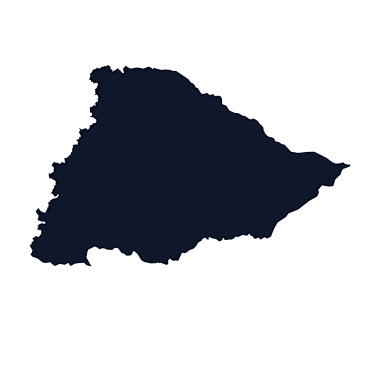 Santissimo Nome De Jesus, Ribeira Grande de Santiago, Cabo Verde, rotated 107°
{"feature_id": "66160863B56005242542710", "entity_name": "Santissimo Nome De Jesus", "entity_type": "district", "adm_level": 2, "iso_a3": "CPV", "parent_name": "Cabo Verde", "parent_adm1": "Ribeira Grande de Santiago", "projection": "robinson", "projection_center": [-23.597, 14.95], "detail": "fine", "context": "isolated", "style": "filled", "palette": "ink", "viewbox_px": 384, "rotation_deg": 107, "n_neighbors": 0, "source": "geoboundaries", "source_scale": "gbopen_adm2", "svg_char_len": 6079}
<svg xmlns="http://www.w3.org/2000/svg" viewBox="0 0 384 384"><g transform="rotate(107 192 192)"><path d="M211.2,104.2L202.2,103.4L195.6,101.8L188.0,95.5L183.8,94.1L177.2,85.9L165.4,77.6L159.4,71.8L155.6,71.1L153.4,72.8L147.0,70.3L146.1,63.2L144.6,59.4L138.0,59.4L131.6,55.8L128.2,55.8L125.5,55.0L121.1,49.3L119.9,49.0L121.1,50.1L121.0,54.8L120.3,55.9L122.3,59.2L123.6,62.9L123.1,67.1L120.8,73.3L118.5,86.7L120.6,93.1L124.3,101.7L125.3,109.2L120.4,117.7L120.8,119.8L119.6,123.6L120.0,127.2L119.3,128.6L118.6,128.5L117.4,129.8L117.1,131.7L117.6,134.3L116.9,136.8L114.9,140.2L112.9,141.5L112.6,142.6L110.4,142.9L108.8,144.8L107.8,147.6L106.0,149.5L104.9,152.1L104.6,154.7L105.9,156.2L106.2,158.3L104.7,163.3L104.9,166.1L103.9,170.5L104.6,174.7L103.8,180.6L100.3,184.5L99.8,189.4L95.6,190.8L93.7,191.8L92.8,193.3L93.0,195.0L94.5,198.1L93.0,200.3L95.0,203.3L93.7,206.5L95.5,209.2L96.1,212.0L91.6,217.3L92.1,219.5L90.9,219.8L88.8,222.4L88.3,225.4L85.8,228.9L81.7,242.4L82.6,246.2L82.4,249.0L83.7,254.1L84.9,256.3L85.3,264.5L86.9,264.9L87.2,265.7L85.8,267.6L85.5,269.9L89.3,274.6L89.1,277.2L90.0,281.3L92.7,286.4L92.4,289.7L91.5,291.9L94.3,293.1L94.6,292.4L94.9,292.9L96.2,292.1L96.3,290.9L97.0,291.3L97.5,290.7L99.8,292.9L97.5,296.4L98.2,296.7L96.3,298.9L99.2,301.1L99.6,300.8L99.6,301.9L100.8,301.9L101.6,303.4L99.7,304.1L100.4,305.4L99.3,305.4L100.0,306.2L96.6,307.1L96.1,309.5L98.5,310.8L97.7,311.9L98.8,312.8L99.2,314.3L101.7,315.7L101.5,316.4L102.5,317.2L101.9,317.6L102.6,318.7L102.1,318.7L103.1,319.1L102.3,319.2L104.1,320.4L103.6,320.4L104.6,321.7L108.8,322.7L109.1,323.3L110.0,322.4L114.0,322.3L113.2,320.9L115.3,320.1L114.5,318.9L115.3,318.3L114.8,317.8L115.9,317.4L114.6,315.7L114.7,313.7L115.8,312.7L116.4,313.5L116.2,312.6L117.2,312.0L119.0,312.9L119.6,312.2L119.0,310.9L119.7,310.5L120.3,312.8L121.6,313.4L121.9,312.9L122.2,313.8L122.6,313.2L123.7,313.5L124.1,312.4L124.7,312.8L125.2,311.8L126.1,312.2L125.5,311.3L126.6,311.1L126.2,311.0L126.6,310.4L126.1,309.1L126.8,308.8L127.3,309.3L128.5,308.6L128.0,307.8L129.0,306.9L129.6,308.4L130.0,308.5L129.3,307.4L130.8,306.9L131.7,307.9L132.4,307.4L133.8,307.9L134.2,309.2L135.5,309.7L137.1,308.6L137.0,307.8L138.1,307.9L138.8,308.6L138.5,309.8L139.2,309.3L140.4,310.2L139.1,311.3L141.8,312.8L141.0,313.1L141.2,313.6L143.5,312.7L143.1,312.3L144.0,312.7L144.8,312.0L144.0,311.6L146.3,309.5L148.4,309.0L148.9,309.6L148.8,308.8L149.5,308.6L148.8,308.6L149.0,306.3L149.7,305.9L149.3,305.3L151.8,303.3L154.5,303.6L155.8,306.0L156.7,305.8L156.5,306.4L157.5,306.5L158.4,308.2L159.3,308.1L158.3,307.4L159.5,307.3L163.1,308.9L164.1,310.5L163.0,311.3L163.0,312.6L164.4,313.5L164.2,314.3L165.5,315.5L165.2,316.4L166.1,315.6L167.0,316.7L168.0,316.6L168.5,315.9L168.1,315.3L169.2,315.3L169.5,314.2L170.8,314.2L171.3,313.2L171.5,313.8L172.5,313.5L172.8,314.5L173.1,313.9L175.3,315.7L175.7,315.4L176.1,316.5L176.9,315.4L176.4,314.8L176.6,314.3L178.8,314.8L179.6,313.7L180.4,314.3L181.2,316.3L181.5,315.8L181.3,316.8L182.1,317.3L181.8,318.3L182.2,318.6L182.4,317.7L183.5,318.3L184.6,317.8L185.2,318.5L188.6,317.5L189.7,318.4L191.4,318.2L195.1,320.4L195.8,320.0L197.4,323.0L199.6,321.8L200.1,319.9L200.9,320.0L200.9,321.2L203.0,322.5L202.2,323.5L202.3,325.0L204.2,325.5L204.6,327.7L204.0,329.2L205.2,330.3L204.6,330.3L205.1,330.4L204.6,331.1L205.2,332.0L204.6,332.3L206.3,333.0L206.3,332.6L207.4,332.8L207.2,331.8L207.8,331.9L208.8,330.0L210.4,330.4L212.4,329.3L215.4,330.8L215.4,331.4L217.3,331.1L216.9,332.3L217.7,331.9L217.3,332.8L218.3,332.1L218.0,333.0L218.3,333.1L219.1,332.2L218.4,331.2L219.5,331.4L219.0,330.8L220.1,328.3L220.0,326.3L220.8,325.8L220.6,323.7L222.6,324.4L222.9,323.4L223.5,323.8L223.4,323.2L224.6,322.4L225.5,323.9L226.4,323.6L226.5,324.7L228.1,324.5L228.4,323.5L230.1,325.2L232.6,324.9L233.1,325.7L233.0,325.1L233.7,325.5L233.5,323.9L234.7,323.3L235.7,321.7L234.9,320.8L233.5,320.8L232.6,319.5L232.6,318.3L233.8,317.5L237.4,318.6L240.0,322.9L241.8,324.3L242.3,323.7L243.8,325.3L244.4,324.9L245.0,325.4L245.5,324.4L248.1,324.4L248.8,324.0L248.8,323.2L249.4,323.4L248.9,324.0L249.3,324.5L249.6,323.4L250.7,323.5L250.6,325.4L251.2,324.1L252.2,324.7L252.7,324.4L252.6,325.0L252.8,325.3L253.2,324.7L255.0,325.6L255.9,326.9L255.5,328.4L256.5,328.3L256.2,329.3L256.6,329.7L254.5,331.2L255.5,330.9L255.9,332.2L254.8,332.3L253.4,333.9L254.1,334.2L254.2,333.6L254.3,334.3L255.8,335.0L257.6,333.5L256.9,332.3L257.9,332.2L258.1,331.3L259.5,331.2L259.9,330.4L260.5,330.8L260.9,330.2L262.6,331.0L263.5,330.3L263.1,328.9L263.5,327.2L262.5,323.8L264.4,322.1L266.1,322.6L266.5,326.2L268.2,328.3L269.0,327.7L269.9,327.8L269.9,328.4L270.4,327.8L271.5,328.0L270.9,327.6L271.7,328.0L271.4,327.3L272.3,327.1L271.7,326.4L272.2,324.2L276.2,323.2L280.5,324.9L280.8,327.9L279.9,328.3L281.7,328.0L282.3,329.8L283.0,330.1L283.4,329.0L285.5,328.1L287.2,329.8L289.4,329.3L290.2,329.9L290.2,331.3L290.5,329.9L290.9,330.2L294.3,326.5L296.1,326.8L296.4,326.2L298.4,327.4L299.7,325.8L300.0,320.1L302.3,313.9L302.1,311.9L299.6,306.5L301.0,304.8L302.0,301.6L298.7,297.9L298.1,292.7L294.9,289.8L297.3,286.6L293.7,282.9L290.3,274.4L292.1,271.4L291.9,268.2L285.8,274.6L279.0,275.4L276.8,274.8L271.7,269.3L272.2,265.4L273.0,263.9L271.6,262.2L270.8,259.7L271.1,256.0L270.2,252.5L269.5,251.3L267.4,250.1L266.9,248.1L265.9,247.2L270.1,241.3L270.2,238.5L271.3,236.0L270.0,232.7L268.4,231.8L266.6,232.2L264.4,230.5L266.4,225.8L271.4,220.0L272.1,217.2L271.5,210.4L269.8,205.7L268.6,204.7L268.7,202.4L268.0,201.7L268.4,195.1L267.3,194.6L264.3,195.7L261.5,194.1L260.9,193.3L262.4,191.5L262.4,189.5L261.6,188.5L261.1,185.7L252.2,184.5L252.0,181.7L251.3,180.4L247.6,177.8L245.3,174.6L242.1,172.9L238.1,172.0L235.5,169.4L233.2,168.8L231.3,167.0L231.1,166.2L232.1,163.2L229.8,163.5L229.2,161.8L229.6,159.1L229.2,155.0L230.5,151.6L229.3,150.2L225.9,149.2L225.7,147.7L227.2,146.9L227.4,146.0L225.5,142.2L225.5,141.1L224.0,139.2L221.5,138.0L220.5,134.6L217.4,131.2L217.1,127.2L214.6,125.6L213.9,124.3L215.9,122.9L215.8,120.5L217.5,119.0L217.4,117.8L215.2,115.1L216.5,112.6L213.2,109.8L213.7,106.7L211.2,104.2Z" fill="#0f172a" stroke="#020617" stroke-width="1.5"/></g></svg>